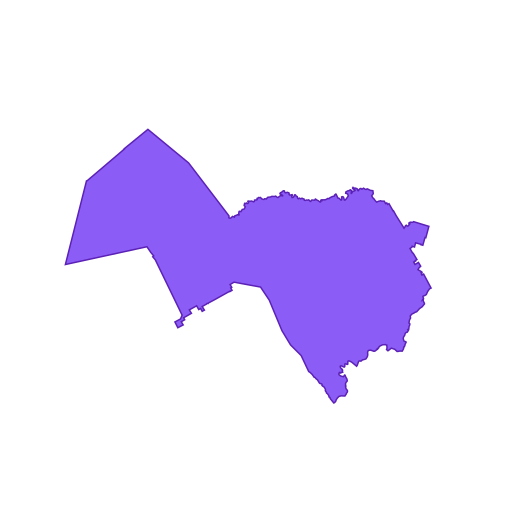 Kentish, Tasmania, Australia (Mercator projection), rotated 50°
{"feature_id": "25037944B6865905771327", "entity_name": "Kentish", "entity_type": "district", "adm_level": 2, "iso_a3": "AUS", "parent_name": "Australia", "parent_adm1": "Tasmania", "projection": "mercator", "projection_center": [146.299, -41.463], "detail": "fine", "context": "isolated", "style": "filled", "palette": "violet", "viewbox_px": 512, "rotation_deg": 50, "n_neighbors": 0, "source": "geoboundaries", "source_scale": "gbopen_adm2", "svg_char_len": 6151}
<svg xmlns="http://www.w3.org/2000/svg" viewBox="0 0 512 512"><g transform="rotate(50 256 256)"><path d="M89.5,257.4L89.1,287.9L89.4,287.9L89.5,293.3L89.8,337.6L89.6,337.7L140.0,407.5L178.8,333.6L185.7,334.3L190.2,334.3L190.2,335.6L194.2,335.6L253.8,350.6L255.7,354.3L254.4,360.5L260.7,362.0L262.0,356.1L258.3,355.5L259.0,351.6L256.8,351.1L258.4,342.3L254.4,341.7L256.0,333.5L260.2,334.3L260.6,332.2L263.8,332.8L264.3,330.3L260.1,329.7L261.0,324.8L260.8,324.2L261.5,323.3L261.3,323.2L262.8,316.1L265.9,299.9L266.2,298.6L266.5,298.7L266.9,296.4L264.2,295.9L264.4,294.7L261.2,294.2L261.9,289.7L282.7,272.5L298.3,274.2L329.8,284.1L346.3,286.7L361.3,285.4L378.4,289.9L380.0,289.4L382.9,289.1L386.2,289.4L386.8,288.9L388.8,288.9L390.3,288.5L394.1,289.1L395.1,288.8L395.7,288.2L396.5,287.9L397.1,288.1L397.6,288.7L398.8,288.5L399.6,288.1L402.1,288.3L403.1,288.8L403.8,289.5L405.6,289.7L406.4,290.1L407.3,289.8L409.8,290.0L410.9,290.7L412.0,290.3L412.9,290.8L418.6,290.9L418.8,290.2L418.7,289.0L418.5,288.2L417.7,287.0L417.1,284.8L416.9,282.7L417.9,280.6L420.4,277.9L419.8,275.8L419.2,274.7L419.1,273.9L418.6,273.0L417.7,272.4L415.5,272.3L415.9,272.5L415.1,272.2L413.6,271.3L413.8,271.2L413.6,270.9L411.5,269.7L410.7,268.3L410.5,266.7L410.0,266.1L408.3,265.3L407.0,265.2L404.5,264.4L404.2,264.5L404.1,264.8L404.5,265.8L404.6,266.7L402.2,268.3L400.4,268.7L399.9,268.6L399.2,267.9L398.9,266.9L399.2,266.6L399.2,267.1L399.8,266.8L400.4,265.2L400.1,265.4L400.5,264.9L400.6,264.6L399.8,263.6L398.8,262.9L398.6,262.9L398.7,263.2L398.0,262.8L397.0,263.1L395.5,262.9L394.8,262.6L394.5,262.0L394.9,261.3L397.3,260.2L397.9,259.6L397.7,259.0L395.9,257.4L396.3,256.5L397.5,256.0L397.9,255.4L397.7,255.1L395.7,253.3L395.9,252.5L396.7,251.8L398.9,250.9L405.1,249.8L404.8,248.7L402.7,245.1L403.0,243.9L403.8,243.4L404.1,242.9L404.0,241.1L404.5,240.4L405.5,238.0L404.9,236.0L404.3,234.8L403.2,233.6L401.7,232.6L400.8,231.4L400.7,230.8L400.9,230.0L401.8,228.7L404.7,227.0L405.3,226.1L405.4,224.6L405.3,223.9L405.4,223.7L405.6,222.9L405.3,222.2L405.1,222.8L405.3,223.8L404.9,222.4L405.3,221.3L404.6,219.9L404.7,218.8L405.4,216.0L406.4,214.8L407.0,213.8L408.0,213.5L408.3,213.1L410.1,214.3L411.6,215.8L411.4,215.8L411.5,216.1L413.2,216.0L413.5,215.6L413.6,211.6L416.6,209.7L419.8,209.3L420.6,208.2L421.2,207.0L422.9,205.1L421.9,202.6L420.8,201.5L420.6,200.7L420.8,200.6L420.4,199.7L419.5,198.6L418.6,196.5L417.9,196.3L416.9,197.1L416.3,197.3L414.3,196.5L413.6,196.0L412.9,195.0L412.3,193.0L411.2,191.5L411.1,190.5L411.4,189.3L411.3,188.8L411.5,188.8L410.9,186.9L410.5,186.7L410.0,186.9L409.9,187.6L409.8,187.1L410.5,186.5L410.2,185.8L409.5,185.4L409.4,185.1L408.4,184.1L407.6,182.5L407.0,181.9L406.6,181.7L405.6,181.9L403.7,179.6L402.9,177.5L401.0,176.3L400.7,173.6L401.3,171.6L401.2,170.9L402.0,168.7L401.4,164.4L401.7,161.3L401.0,157.7L400.5,157.4L397.8,156.7L396.7,155.6L396.6,156.6L396.4,156.2L396.5,155.5L396.4,155.1L394.3,154.2L394.2,153.6L394.8,152.0L395.0,150.3L393.6,147.5L392.7,144.2L393.1,142.5L377.6,139.2L377.3,141.1L376.0,140.9L375.6,139.6L374.5,140.0L374.4,139.3L370.6,140.7L369.9,139.0L369.7,136.4L365.3,135.7L364.7,139.6L362.0,139.1L362.4,137.0L361.9,136.9L362.2,135.0L354.9,133.8L354.2,134.1L349.2,133.2L349.5,131.0L348.9,130.1L351.0,128.8L348.5,125.3L353.1,122.1L353.4,122.4L355.0,121.3L350.5,114.7L351.2,114.2L344.4,104.5L331.0,113.2L331.0,114.1L330.6,114.7L329.4,115.9L329.0,117.0L329.1,117.8L329.3,117.8L329.4,117.1L329.7,116.9L330.3,117.6L330.2,118.0L330.5,118.4L330.4,119.1L330.7,119.4L330.7,120.2L330.4,120.9L329.0,121.1L328.9,122.1L329.5,123.1L329.5,123.9L329.8,124.7L315.2,122.7L309.7,121.6L309.6,122.0L301.4,120.5L301.1,122.0L299.4,121.7L299.2,123.0L296.4,122.5L294.8,124.5L293.9,124.9L292.8,127.0L292.3,128.9L290.3,129.1L288.2,128.9L286.2,129.1L284.3,128.7L284.0,128.0L284.0,127.2L283.5,126.0L281.1,124.5L279.2,126.2L276.2,127.5L275.9,127.9L275.9,128.7L275.2,129.4L273.2,130.0L272.9,131.9L271.7,132.2L271.3,132.9L271.3,134.5L271.8,135.5L271.6,135.8L271.0,135.8L269.4,135.3L267.7,136.4L266.7,137.6L265.8,137.6L266.0,138.3L266.8,138.6L269.0,137.7L269.4,137.8L269.5,138.4L268.7,140.2L269.4,142.3L269.3,142.8L269.0,142.8L267.3,140.8L266.1,141.0L265.8,141.5L266.0,141.9L265.9,142.3L265.0,144.1L264.7,146.0L265.6,147.0L267.3,145.9L269.3,146.7L270.2,150.0L270.4,151.3L270.3,152.1L269.8,152.3L267.3,151.2L266.4,151.3L265.8,152.1L265.8,152.5L267.5,153.6L268.0,154.4L267.9,154.9L265.3,155.2L264.2,156.0L260.1,154.9L259.8,155.1L259.8,156.6L260.3,157.0L260.4,157.5L259.5,159.4L258.9,161.8L259.0,163.2L258.1,163.9L257.6,166.5L257.1,167.1L256.9,167.7L256.3,168.2L255.7,169.0L256.0,169.8L255.6,169.9L255.2,169.6L254.9,170.0L255.1,170.7L256.0,171.4L255.9,172.2L253.9,172.7L252.0,173.5L250.6,173.8L250.5,174.1L251.0,175.0L250.9,175.3L249.0,177.2L249.3,179.0L249.1,179.3L246.9,179.5L246.4,180.6L245.5,181.4L245.2,182.4L244.4,183.1L243.1,182.6L242.4,183.2L241.3,183.6L240.9,185.0L239.6,185.5L239.4,186.1L239.5,186.6L239.3,186.8L238.6,187.0L237.0,186.2L235.8,186.7L234.7,186.5L234.2,186.7L234.0,187.1L234.0,187.5L234.7,188.5L235.0,189.7L234.4,190.8L233.5,190.6L233.1,190.2L233.1,189.5L232.6,189.0L232.2,188.9L231.4,190.5L231.0,191.0L230.1,191.1L229.4,190.4L228.7,190.2L227.2,191.2L226.8,192.5L226.4,192.9L225.8,193.0L224.4,192.4L223.7,193.0L223.5,194.2L223.7,195.6L223.2,196.5L223.4,197.4L223.9,197.7L225.5,197.0L226.7,196.7L227.0,196.9L226.8,197.3L225.5,198.2L225.3,201.6L224.2,202.2L222.8,202.4L222.2,203.7L220.5,205.5L220.1,207.0L218.6,209.2L218.6,210.0L219.0,211.3L217.7,212.6L217.8,213.4L217.5,213.9L215.9,214.9L214.1,214.9L213.3,216.1L212.9,216.3L212.8,217.1L212.9,217.7L212.6,218.2L213.5,218.8L213.5,219.3L212.2,221.2L213.0,222.0L213.1,222.6L212.8,223.1L211.0,224.1L210.2,225.4L208.8,226.7L209.0,227.2L209.7,227.1L210.2,227.3L210.5,228.4L210.3,228.8L209.3,229.2L209.3,230.2L208.4,230.6L208.6,231.3L209.8,232.7L210.9,232.5L211.4,232.6L212.3,234.4L212.3,235.3L211.5,236.6L212.3,239.0L211.2,239.8L211.0,240.3L212.3,241.9L213.6,242.5L213.5,242.9L212.7,243.3L212.4,243.7L212.3,244.7L211.6,246.3L212.3,247.6L210.6,248.5L210.7,251.1L209.8,252.1L209.2,252.2L208.7,251.5L207.8,250.9L141.4,247.8L89.5,257.4Z" fill="#8b5cf6" stroke="#5b21b6" stroke-width="1.5"/></g></svg>